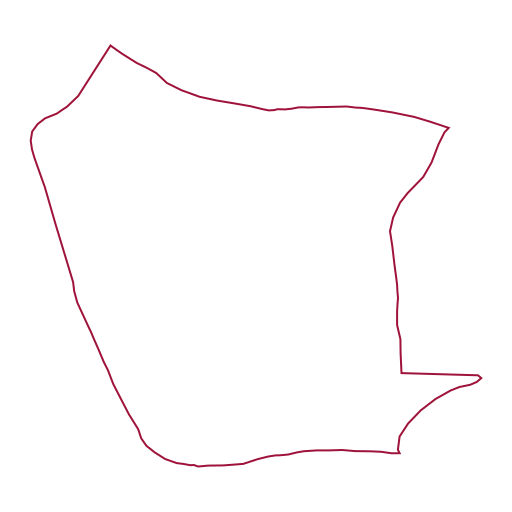 outline of Chbar Ampov, Kândal, Cambodia
{"feature_id": "14789045B58474594002009", "entity_name": "Chbar Ampov", "entity_type": "district", "adm_level": 2, "iso_a3": "KHM", "parent_name": "Cambodia", "parent_adm1": "Kândal", "projection": "natural_earth1", "projection_center": [104.993, 11.51], "detail": "fine", "context": "isolated", "style": "outline", "palette": "rose", "viewbox_px": 512, "rotation_deg": 0, "n_neighbors": 0, "source": "geoboundaries", "source_scale": "gbopen_adm2", "svg_char_len": 1559}
<svg xmlns="http://www.w3.org/2000/svg" viewBox="0 0 512 512"><path d="M448.7,127.9L431.4,122.1L414.2,116.9L402.5,114.5L392.2,112.4L375.0,109.7L364.4,108.2L360.8,107.8L355.8,107.6L346.6,106.5L326.6,107.0L318.6,107.1L308.5,107.5L303.6,107.3L298.3,107.4L291.7,108.7L285.2,109.4L277.6,109.2L274.1,110.1L268.8,110.4L261.8,109.0L250.4,106.2L234.3,103.4L217.3,100.6L199.6,96.8L181.4,90.2L166.9,83.0L156.2,73.0L146.5,67.7L136.8,63.0L130.1,58.8L121.7,53.5L112.9,47.3L110.5,45.5L78.2,96.0L66.9,106.8L61.7,110.2L56.8,113.6L45.1,118.3L37.6,124.1L32.2,131.5L30.7,140.6L32.0,149.4L34.4,157.7L35.9,162.0L43.7,184.0L44.6,186.3L55.6,224.4L73.1,282.1L74.2,291.2L77.3,302.6L88.8,327.5L90.7,331.4L94.4,340.1L98.4,349.2L103.8,362.0L107.9,370.1L113.2,383.9L120.9,398.9L129.0,414.5L138.2,429.2L141.2,438.3L146.4,445.8L154.6,452.3L165.1,459.0L176.7,463.1L183.2,463.9L190.3,465.2L193.9,465.0L198.1,466.5L201.6,466.2L208.1,465.6L223.5,465.4L243.2,463.9L257.5,459.2L268.3,456.5L275.5,455.4L279.5,455.3L283.2,455.0L288.3,454.5L296.9,452.4L304.1,451.2L316.9,450.4L328.9,450.4L342.2,450.0L355.1,451.1L370.5,451.3L381.3,451.8L391.9,453.3L399.6,453.2L397.9,449.7L399.6,436.5L408.1,423.5L420.8,410.3L435.5,399.0L450.6,390.5L459.4,387.0L470.1,384.8L476.7,382.0L481.3,378.1L478.0,375.3L401.5,373.1L400.6,353.0L400.4,339.1L397.1,325.1L397.1,311.0L397.6,302.9L398.0,298.2L397.4,291.1L397.1,284.7L395.9,275.3L394.6,265.8L392.3,246.1L390.0,231.2L393.1,217.6L400.1,202.6L407.6,193.1L423.2,177.0L431.5,162.6L438.6,144.1L444.5,132.3L448.7,127.9Z" fill="none" stroke="#9f1239" stroke-width="2"/></svg>